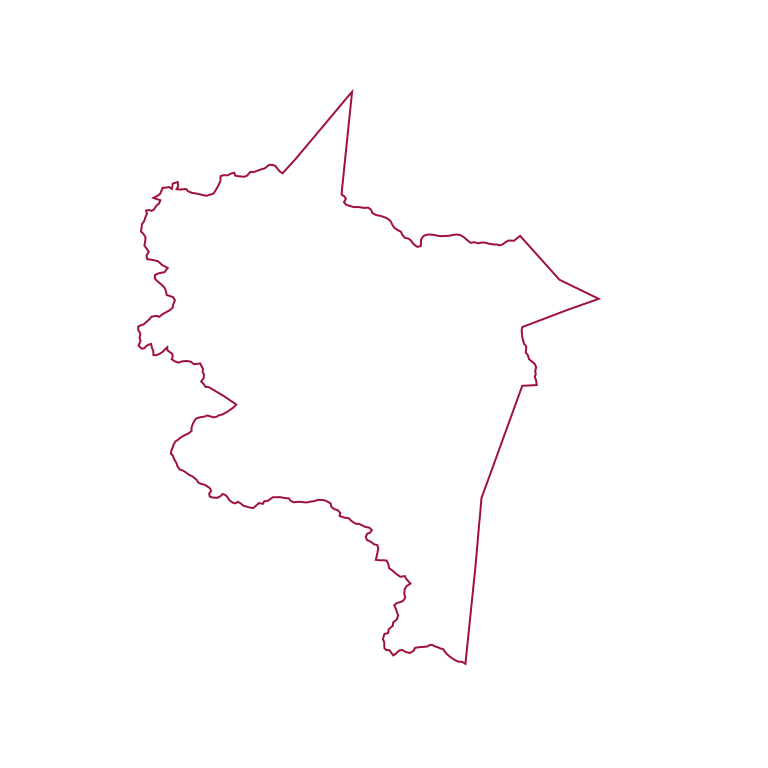 Tamboril, Ceará, Brazil (Mercator projection), rotated 166°
{"feature_id": "56859067B35932918243928", "entity_name": "Tamboril", "entity_type": "district", "adm_level": 2, "iso_a3": "BRA", "parent_name": "Brazil", "parent_adm1": "Ceará", "projection": "mercator", "projection_center": [-40.277, -4.889], "detail": "fine", "context": "isolated", "style": "outline", "palette": "rose", "viewbox_px": 768, "rotation_deg": 166, "n_neighbors": 0, "source": "geoboundaries", "source_scale": "gbopen_adm2", "svg_char_len": 5226}
<svg xmlns="http://www.w3.org/2000/svg" viewBox="0 0 768 768"><g transform="rotate(166 384 384)"><path d="M446.8,136.7L446.2,133.4L447.0,130.2L447.5,127.4L446.2,125.3L443.3,124.6L441.9,121.3L440.6,118.4L437.9,119.4L435.8,120.7L433.1,121.8L430.4,121.4L427.9,118.8L423.9,116.7L419.8,118.0L418.0,120.3L414.7,120.3L412.2,119.9L408.9,119.3L405.5,118.8L402.7,119.7L400.2,119.0L398.3,117.3L395.2,115.3L393.1,113.6L390.7,112.5L389.9,109.8L388.5,107.1L386.9,104.6L384.8,102.1L382.2,99.2L378.9,96.5L375.5,95.6L372.7,92.8L345.7,167.4L344.5,170.8L341.2,179.8L337.5,190.3L324.8,227.3L323.3,231.4L322.4,234.0L317.0,249.8L307.5,263.8L285.2,296.9L276.4,310.0L250.3,348.8L236.1,346.0L235.5,350.8L236.0,354.5L234.4,356.8L234.2,359.8L232.3,363.6L232.9,367.0L234.9,369.7L237.2,372.9L237.5,377.3L238.9,380.3L237.9,382.6L236.9,385.9L238.3,389.1L238.6,392.8L238.4,396.7L238.0,399.4L237.4,402.9L236.1,405.8L188.2,411.5L155.1,414.7L188.5,442.7L216.1,494.8L219.8,493.2L223.1,491.5L226.3,492.5L228.9,493.1L232.2,492.0L235.5,490.7L238.4,490.6L240.9,492.1L243.9,492.9L248.2,494.7L252.3,497.0L255.8,497.7L258.5,497.7L262.1,499.7L265.8,500.0L268.6,503.7L270.9,507.0L274.0,510.1L277.3,511.5L281.3,511.9L285.2,512.1L288.4,512.7L292.6,513.6L295.4,514.5L298.6,516.2L301.6,517.4L304.4,518.2L307.5,518.5L310.2,517.9L313.3,514.8L314.2,511.2L315.0,508.9L318.5,509.0L320.5,511.2L321.9,513.3L322.9,516.3L324.8,519.0L328.5,520.8L330.3,524.8L330.7,527.6L333.3,529.8L336.2,533.0L337.4,536.4L338.0,539.7L339.2,542.1L341.9,544.7L343.9,546.2L347.0,548.1L350.7,549.8L353.9,552.6L354.5,556.4L356.6,558.9L361.0,559.8L366.3,562.0L370.4,562.9L373.6,564.8L377.3,567.0L378.8,570.1L376.2,572.9L377.0,575.5L379.3,578.0L378.5,580.7L363.7,621.6L344.3,675.2L350.1,671.2L371.9,655.3L394.3,639.0L414.7,624.2L431.4,613.0L433.9,615.7L435.2,618.7L436.7,621.9L439.4,623.7L442.5,624.4L445.0,623.2L448.0,622.0L450.9,622.0L455.1,621.6L459.5,621.1L462.1,622.2L464.3,620.9L466.4,619.3L469.4,618.9L471.8,619.7L474.9,620.8L478.0,622.2L478.2,625.2L481.7,625.2L485.2,624.3L489.1,625.4L492.3,625.2L493.4,621.1L496.0,617.4L500.0,613.1L503.4,610.0L506.9,609.8L510.8,609.6L514.4,611.3L517.6,613.0L520.5,614.4L524.1,615.9L527.5,618.4L528.9,621.1L534.5,621.9L538.2,623.2L535.8,625.6L535.3,629.9L540.4,629.6L542.6,624.6L544.9,627.1L548.1,627.3L551.3,627.9L553.3,625.2L555.4,622.5L558.8,621.3L562.7,620.3L556.5,616.4L558.7,613.5L561.7,612.1L564.8,609.1L567.5,608.2L569.9,609.6L572.9,609.9L572.9,606.4L575.4,603.2L577.2,600.2L580.0,597.8L581.8,593.6L582.9,590.7L581.0,587.7L579.9,583.8L581.2,580.3L583.0,576.2L581.6,572.8L580.2,569.4L583.4,566.0L583.5,562.4L580.3,561.1L577.2,559.7L573.8,558.0L572.1,555.7L570.6,553.2L565.8,549.0L569.8,545.6L573.3,545.8L576.1,545.9L580.0,545.1L580.8,541.7L579.3,539.0L576.8,535.6L573.7,530.7L573.1,527.2L573.3,522.9L567.7,519.4L566.6,515.9L569.5,511.9L570.5,509.3L574.1,507.4L579.9,505.9L583.3,504.8L586.0,503.5L588.0,505.1L593.3,505.6L595.8,503.7L602.8,500.0L605.5,499.9L608.7,499.1L609.4,495.8L608.2,492.0L610.1,487.7L609.7,485.0L611.2,482.9L612.9,480.5L610.6,477.0L608.0,476.6L605.6,478.3L602.8,479.1L600.3,479.2L600.4,475.3L599.9,471.8L600.7,467.8L597.5,467.0L593.9,467.8L590.7,468.9L588.6,470.4L585.4,472.1L586.0,469.2L583.9,466.5L582.1,464.3L582.4,461.7L584.0,459.5L581.7,456.8L578.3,454.5L574.3,454.8L569.9,454.1L566.3,452.5L563.4,449.1L557.3,448.4L556.9,445.9L555.9,442.6L557.1,439.7L556.4,436.8L557.4,433.6L560.8,430.6L559.1,427.9L557.9,424.4L555.1,423.6L542.6,411.3L532.3,399.8L535.8,397.6L539.1,396.4L542.0,395.2L545.7,394.2L548.2,393.6L551.8,393.5L554.6,392.7L557.2,392.8L560.0,394.4L563.0,396.2L566.3,395.8L570.6,396.2L574.6,396.0L577.1,393.9L579.1,391.7L581.5,387.8L582.0,385.1L585.0,383.6L589.5,382.6L593.5,381.6L597.5,379.7L600.5,378.6L602.7,376.2L604.7,373.2L606.5,370.6L607.7,367.8L606.2,365.8L605.8,361.8L604.5,357.4L604.3,354.0L602.9,350.5L600.2,348.7L598.1,346.7L595.0,342.8L592.2,340.7L590.4,338.2L588.8,336.0L588.2,333.6L586.0,331.6L582.2,329.4L580.0,327.1L578.2,325.2L577.6,322.1L580.2,319.8L580.3,317.0L577.6,315.2L573.4,313.9L570.1,314.6L567.2,316.3L564.8,314.7L563.4,312.5L562.1,308.5L559.4,305.4L557.1,304.1L554.3,305.1L552.0,302.8L549.7,299.8L546.6,298.1L544.3,296.7L541.0,295.2L537.0,297.2L534.2,298.7L530.5,297.0L528.6,299.2L524.7,298.8L519.4,301.0L515.4,300.1L512.3,299.4L509.8,298.2L506.9,297.0L503.9,296.0L503.1,293.6L500.3,291.1L497.3,290.7L493.5,289.9L490.1,288.5L486.9,287.7L483.9,287.7L480.2,287.2L475.7,287.5L472.2,286.4L469.7,285.5L467.6,283.8L464.7,281.1L464.8,277.6L462.6,274.7L459.3,272.7L457.6,269.3L459.0,266.7L457.0,265.3L454.6,263.9L450.5,262.1L448.9,259.2L446.6,256.5L444.6,254.9L442.1,254.4L439.7,252.4L436.6,249.7L433.0,248.2L431.1,245.2L433.9,242.9L436.4,242.9L438.7,240.0L438.2,236.5L436.2,235.3L434.1,233.1L432.7,231.1L429.5,229.3L429.2,226.0L431.1,222.1L432.7,218.7L434.5,215.4L430.3,213.8L427.8,213.3L424.2,212.1L423.3,207.6L423.6,204.0L420.7,200.6L419.0,198.0L417.2,195.7L414.8,193.0L410.3,192.6L409.4,189.2L407.9,186.3L406.6,183.9L411.0,182.5L413.5,180.1L415.1,175.5L415.1,171.4L418.1,168.9L421.5,168.4L424.5,168.4L427.6,166.8L426.7,161.8L426.7,158.5L426.2,156.1L428.6,152.3L432.7,150.5L433.9,147.3L436.4,146.1L438.9,144.7L440.2,141.4L444.1,141.3L446.8,136.7Z" fill="none" stroke="#9f1239" stroke-width="2"/></g></svg>